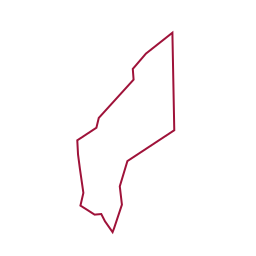 Nea Dimmata, Paphos, Cyprus, rotated 287°
{"feature_id": "46923920B46387539278372", "entity_name": "Nea Dimmata", "entity_type": "district", "adm_level": 2, "iso_a3": "CYP", "parent_name": "Cyprus", "parent_adm1": "Paphos", "projection": "robinson", "projection_center": [32.536, 35.136], "detail": "fine", "context": "isolated", "style": "outline", "palette": "rose", "viewbox_px": 256, "rotation_deg": 287, "n_neighbors": 0, "source": "geoboundaries", "source_scale": "gbopen_adm2", "svg_char_len": 401}
<svg xmlns="http://www.w3.org/2000/svg" viewBox="0 0 256 256"><g transform="rotate(287 128 128)"><path d="M139.4,172.9L232.1,142.6L204.4,123.4L185.9,115.3L175.9,119.2L129.1,97.1L119.0,97.7L101.4,83.1L88.2,87.9L75.0,93.9L52.9,104.3L39.9,105.2L35.4,121.4L37.9,127.6L32.1,133.2L23.9,143.7L28.0,144.0L52.9,144.6L69.8,137.2L96.2,137.1L139.4,172.9Z" fill="none" stroke="#9f1239" stroke-width="2"/></g></svg>